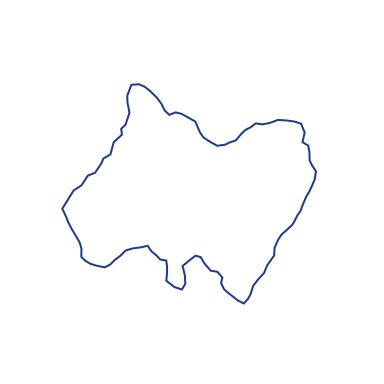 Marmelópolis, Minas Gerais, Brazil (Mercator projection), rotated 154°
{"feature_id": "56859067B23213447356300", "entity_name": "Marmelópolis", "entity_type": "district", "adm_level": 2, "iso_a3": "BRA", "parent_name": "Brazil", "parent_adm1": "Minas Gerais", "projection": "mercator", "projection_center": [-45.172, -22.465], "detail": "fine", "context": "isolated", "style": "outline", "palette": "blue", "viewbox_px": 384, "rotation_deg": 154, "n_neighbors": 0, "source": "geoboundaries", "source_scale": "gbopen_adm2", "svg_char_len": 1526}
<svg xmlns="http://www.w3.org/2000/svg" viewBox="0 0 384 384"><g transform="rotate(154 192 192)"><path d="M199.5,314.9L208.0,306.9L210.7,300.9L213.5,290.6L222.5,281.4L227.9,279.9L229.9,274.2L240.5,271.1L248.8,261.6L257.0,260.9L260.8,257.5L270.7,251.8L278.4,252.4L288.2,246.5L297.8,245.2L315.9,233.9L316.0,225.0L316.5,219.5L316.4,213.0L315.7,204.1L315.1,195.7L316.2,189.5L320.0,182.0L317.8,176.5L314.8,172.0L309.7,167.3L303.4,162.5L297.1,162.7L291.3,164.8L284.2,166.1L277.3,168.5L270.0,167.3L262.0,164.6L255.4,163.1L254.5,156.6L251.8,150.7L250.2,145.3L245.2,141.7L246.9,136.4L249.9,130.2L254.0,123.5L249.4,114.2L243.8,108.8L238.2,112.5L234.9,120.5L232.9,129.6L223.0,132.0L216.7,133.2L212.7,129.6L212.1,122.0L209.6,113.0L204.2,109.2L202.2,101.8L205.8,97.4L205.8,90.5L203.3,84.6L200.8,79.6L198.4,74.5L194.3,69.1L188.3,71.5L184.2,74.5L178.2,80.8L170.5,84.6L162.8,87.6L156.5,93.2L151.1,96.1L146.0,98.9L142.3,105.6L135.7,111.2L130.2,114.5L123.6,116.3L116.5,118.4L112.1,121.3L108.0,124.5L103.0,127.3L97.6,132.4L91.5,137.6L85.7,141.5L81.1,145.3L76.2,149.5L71.5,156.3L72.4,162.9L72.4,168.8L69.1,176.1L67.2,182.7L70.8,188.4L64.7,196.0L64.0,205.5L68.9,210.3L75.4,214.7L83.1,219.1L92.1,220.0L99.0,221.9L104.7,225.7L110.7,224.5L116.3,224.4L122.5,222.5L130.1,219.1L136.0,220.0L141.5,220.0L149.1,222.5L154.3,230.1L157.8,236.0L158.7,242.3L158.1,253.8L162.8,260.7L167.2,266.9L171.9,270.8L178.6,271.3L180.8,277.2L180.8,284.6L182.4,292.7L185.5,301.3L188.5,307.5L192.6,312.2L199.5,314.9Z" fill="none" stroke="#1e3a8a" stroke-width="2"/></g></svg>